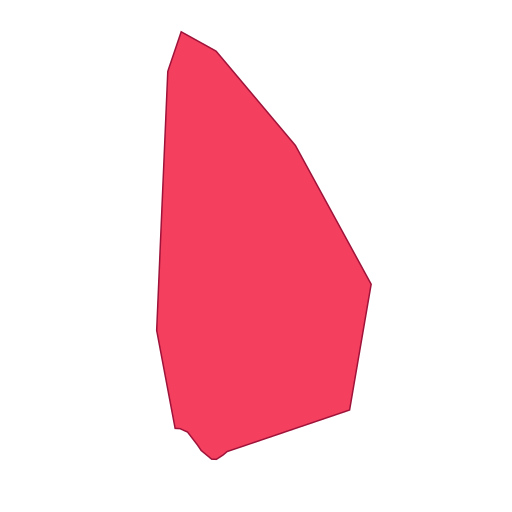 Miami/Bexon, Castries, Saint Lucia (Albers equal-area conic projection), rotated 10°
{"feature_id": "8701671B58668276188859", "entity_name": "Miami/Bexon", "entity_type": "district", "adm_level": 2, "iso_a3": "LCA", "parent_name": "Saint Lucia", "parent_adm1": "Castries", "projection": "albers", "projection_center": [-60.97, 13.924], "detail": "fine", "context": "isolated", "style": "filled", "palette": "rose", "viewbox_px": 512, "rotation_deg": 10, "n_neighbors": 0, "source": "geoboundaries", "source_scale": "gbopen_adm2", "svg_char_len": 466}
<svg xmlns="http://www.w3.org/2000/svg" viewBox="0 0 512 512"><g transform="rotate(10 256 256)"><path d="M374.3,263.8L275.6,140.3L181.1,61.2L143.4,48.2L137.4,87.3L137.1,89.7L171.1,346.5L206.3,439.8L207.9,439.6L211.2,439.2L212.2,439.5L219.2,441.3L225.2,446.8L231.1,452.2L234.8,456.0L235.7,457.0L247.6,463.8L252.3,463.1L258.2,457.6L259.8,455.7L261.5,453.6L293.1,436.3L374.9,391.4L374.7,350.9L374.3,263.8Z" fill="#f43f5e" stroke="#9f1239" stroke-width="1.5"/></g></svg>